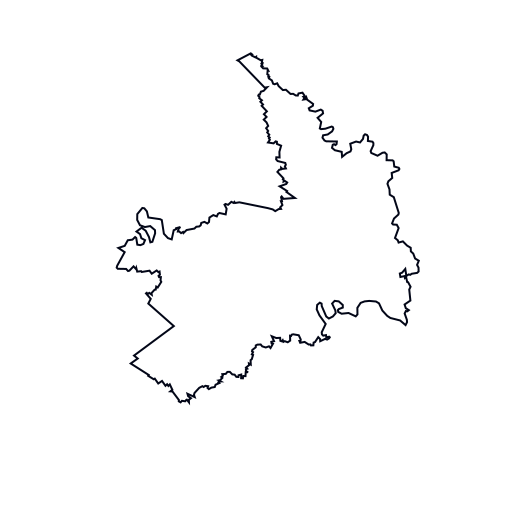 the district of Pánuco, Veracruz, Mexico, rotated 46°
{"feature_id": "50627088B51457701094932", "entity_name": "Pánuco", "entity_type": "district", "adm_level": 2, "iso_a3": "MEX", "parent_name": "Mexico", "parent_adm1": "Veracruz", "projection": "mercator", "projection_center": [-98.304, 22.081], "detail": "fine", "context": "isolated", "style": "outline", "palette": "ink", "viewbox_px": 512, "rotation_deg": 46, "n_neighbors": 0, "source": "geoboundaries", "source_scale": "gbopen_adm2", "svg_char_len": 6145}
<svg xmlns="http://www.w3.org/2000/svg" viewBox="0 0 512 512"><g transform="rotate(46 256 256)"><path d="M102.4,133.4L104.5,132.8L140.9,132.8L142.3,130.8L142.5,135.8L141.2,138.3L142.5,141.1L141.8,141.9L142.3,143.1L144.2,143.1L144.8,144.1L148.1,143.6L148.1,145.7L151.9,145.7L151.9,147.6L159.5,147.7L159.5,151.8L163.3,151.8L163.3,155.7L167.2,155.6L170.9,156.9L171.1,159.9L174.5,160.4L174.9,162.1L178.0,162.2L178.4,164.1L180.3,163.9L180.4,165.0L182.0,165.3L182.7,168.5L187.2,165.1L187.2,162.2L188.3,161.6L189.9,163.1L194.1,161.3L197.3,166.8L201.5,170.6L199.1,172.8L200.5,174.4L202.7,174.5L209.4,170.3L211.1,171.2L211.6,173.0L213.8,173.7L211.7,176.5L209.9,176.6L211.1,177.8L210.1,179.4L210.4,182.2L219.2,182.3L219.5,183.4L220.8,183.3L221.6,184.4L222.0,183.1L224.8,182.5L225.2,184.2L222.3,190.6L230.9,188.5L231.1,189.6L241.3,187.7L234.0,196.5L231.0,196.2L231.1,197.1L234.6,199.2L233.9,200.0L237.7,201.6L237.8,204.8L239.5,205.3L238.0,207.1L237.1,211.0L234.1,211.6L229.8,214.2L205.8,230.7L203.3,234.3L202.1,234.0L202.2,235.3L199.9,236.1L199.8,240.5L197.4,241.8L197.2,243.0L201.6,244.3L205.0,248.9L199.7,252.4L199.3,254.1L200.3,256.7L196.9,258.3L196.0,262.8L198.9,266.2L198.8,268.4L195.6,269.4L194.2,272.4L195.5,274.5L195.3,276.3L193.5,278.6L193.5,281.2L189.1,287.9L189.1,292.2L188.0,291.8L187.5,294.0L185.0,294.2L184.1,295.2L182.6,292.7L182.6,290.3L180.5,294.2L181.2,294.8L180.3,297.3L185.5,305.1L182.0,306.9L176.0,306.8L164.7,298.8L162.9,299.4L153.5,306.7L148.1,303.5L144.1,303.2L142.5,304.4L143.4,312.3L147.5,316.4L153.3,318.1L158.0,315.8L161.0,311.3L167.2,310.7L169.6,312.8L173.8,320.7L172.8,322.5L168.0,319.8L161.2,317.8L156.2,318.7L155.4,325.0L159.7,324.2L163.6,326.1L167.5,324.8L169.1,328.6L167.9,331.6L165.4,333.5L159.8,329.6L158.4,329.8L158.4,333.5L155.6,337.3L157.5,343.4L154.6,349.4L162.0,347.8L166.6,362.7L167.6,364.3L169.2,364.3L175.1,358.4L177.9,358.5L178.6,357.3L178.4,351.3L181.9,351.4L181.4,350.4L184.7,352.3L187.1,349.2L188.1,349.3L192.6,342.8L196.3,343.3L197.4,337.5L199.8,337.4L200.2,336.2L202.7,338.1L202.6,339.9L203.9,340.4L205.1,339.1L207.2,341.6L208.8,342.1L210.4,348.6L208.7,349.0L210.5,351.5L209.8,352.4L210.1,357.0L211.4,357.9L208.4,358.4L208.1,360.4L206.6,360.2L206.5,361.1L213.7,361.5L215.4,366.5L249.3,363.8L242.9,412.9L247.6,412.3L246.3,420.8L267.1,415.8L267.3,416.8L273.6,415.2L273.9,414.0L279.8,414.9L280.6,410.4L286.5,411.3L286.5,409.0L288.6,409.3L288.5,407.2L294.1,409.1L293.9,411.6L295.5,410.2L306.0,411.5L306.9,412.5L308.9,411.9L308.7,409.9L311.3,407.9L311.1,405.8L310.4,405.5L314.7,405.9L312.8,404.2L313.1,401.6L309.7,402.2L307.5,401.0L314.9,398.1L312.8,397.1L311.8,395.3L311.4,388.4L312.4,385.0L313.8,384.7L314.2,382.6L316.4,380.9L317.2,382.5L319.0,382.4L319.7,379.5L321.6,376.7L320.5,374.5L321.9,370.7L320.7,370.8L320.5,369.8L321.7,368.5L319.7,369.1L320.4,368.0L320.3,364.9L318.9,365.0L319.1,363.0L317.6,362.3L319.8,359.6L319.5,357.1L321.2,355.3L324.7,355.3L326.5,353.8L329.3,354.1L330.8,352.7L329.7,351.4L331.0,349.0L333.6,351.6L334.9,350.4L333.5,348.5L335.1,347.0L332.4,344.1L334.1,342.4L331.9,343.2L330.4,341.9L331.0,340.6L329.3,340.6L329.7,336.8L328.4,335.8L330.5,335.2L327.2,332.3L327.3,330.7L325.1,326.8L323.9,327.3L323.1,324.9L321.8,325.1L321.0,323.9L321.5,319.6L320.2,318.3L320.7,316.6L322.9,314.1L325.3,314.3L328.6,312.5L330.0,309.4L332.3,309.5L330.9,304.8L329.7,305.5L328.4,304.6L329.8,302.2L324.7,300.4L329.1,298.4L331.6,295.5L334.0,297.4L335.3,296.7L335.1,295.2L336.8,295.9L337.2,294.5L340.1,293.1L340.6,290.2L337.0,286.9L337.9,286.3L337.4,285.0L338.2,283.6L342.7,280.3L347.1,281.8L348.0,283.0L347.3,283.8L349.1,284.5L351.6,280.7L356.3,279.6L357.4,278.3L358.5,278.6L360.1,276.8L358.3,274.7L358.9,273.3L357.6,267.6L360.3,267.6L361.9,269.0L363.6,263.9L365.5,262.9L366.0,260.7L365.7,259.4L364.9,259.4L363.3,261.9L361.5,260.6L360.0,263.0L358.2,263.0L356.5,261.7L353.3,253.1L342.8,251.6L336.6,249.4L333.7,246.0L333.9,242.5L335.8,241.9L337.7,243.5L348.3,247.5L351.6,247.0L352.9,242.7L352.5,238.4L350.2,236.7L343.1,234.3L342.9,230.6L346.1,228.0L351.5,227.6L353.4,229.4L351.7,233.3L351.8,234.6L353.3,235.7L357.0,234.5L361.3,229.0L368.7,226.2L368.5,223.6L363.7,219.1L362.4,213.3L364.1,209.4L367.0,205.7L372.1,201.3L375.5,200.4L383.0,203.0L390.2,203.2L393.9,202.4L402.5,197.1L409.6,196.4L408.5,193.3L406.7,191.8L400.6,189.0L399.7,186.4L400.9,185.6L401.1,183.7L397.6,184.5L394.1,182.8L395.3,175.9L386.6,169.1L385.5,166.2L380.5,164.8L379.7,165.3L375.3,162.6L375.2,164.1L373.7,163.0L371.4,166.7L368.5,164.7L369.5,162.5L369.0,157.6L374.8,161.7L375.3,159.0L376.7,158.1L376.9,156.4L380.1,151.8L380.1,149.8L377.3,147.2L374.3,146.3L372.5,142.2L368.3,143.3L363.5,141.2L360.3,141.4L357.5,139.0L353.5,140.1L347.5,140.2L345.4,144.1L343.2,143.1L339.6,143.5L335.0,134.0L331.3,133.0L328.6,135.5L327.1,135.5L324.9,130.7L325.1,124.8L324.2,123.4L309.4,116.0L304.8,117.2L300.8,113.7L295.4,111.3L294.2,108.9L294.5,103.8L290.5,100.7L293.4,93.9L293.0,92.4L291.7,92.0L287.7,94.4L283.5,91.2L282.1,91.3L277.8,95.5L273.7,91.4L270.9,91.5L269.6,93.3L268.3,98.9L262.0,101.5L260.2,100.7L257.8,94.6L256.3,93.1L254.7,92.8L251.0,95.6L248.0,92.5L246.0,92.1L244.2,93.0L244.2,94.9L246.1,97.7L246.6,102.3L243.2,104.5L240.7,110.2L245.4,113.3L246.4,115.4L245.0,119.4L244.5,125.2L240.6,122.0L234.7,125.8L231.0,126.2L229.3,123.5L229.8,122.2L231.4,121.8L231.5,120.4L229.8,118.3L222.3,125.8L220.5,126.5L217.1,126.0L215.8,123.9L218.4,120.0L219.2,114.7L218.3,112.0L216.8,111.2L215.5,111.6L212.6,117.7L209.9,121.1L208.6,121.5L204.9,116.0L199.4,115.7L200.0,108.7L197.8,107.2L195.7,107.7L193.4,113.0L188.5,116.3L186.4,115.4L187.4,110.7L186.3,109.3L179.1,110.6L177.1,109.7L177.8,111.2L176.4,113.2L175.9,111.4L174.5,111.3L175.5,109.9L170.8,109.1L168.6,112.5L169.6,114.5L168.1,115.9L165.2,116.6L163.4,118.6L157.2,119.0L155.3,121.4L149.5,121.7L146.5,120.8L145.4,123.3L144.0,124.0L140.7,122.6L137.2,123.4L136.4,122.0L135.5,122.6L134.7,121.3L133.1,121.6L130.6,118.7L131.1,118.4L128.9,117.7L126.0,120.5L123.7,120.5L124.0,119.5L122.7,119.7L122.4,118.4L121.5,118.4L121.7,117.1L120.6,117.1L119.3,115.3L118.5,116.6L113.4,118.1L112.8,117.5L112.6,118.5L108.9,119.8L107.8,119.7L108.1,118.8L106.6,119.0L102.4,133.4Z" fill="none" stroke="#020617" stroke-width="2"/></g></svg>